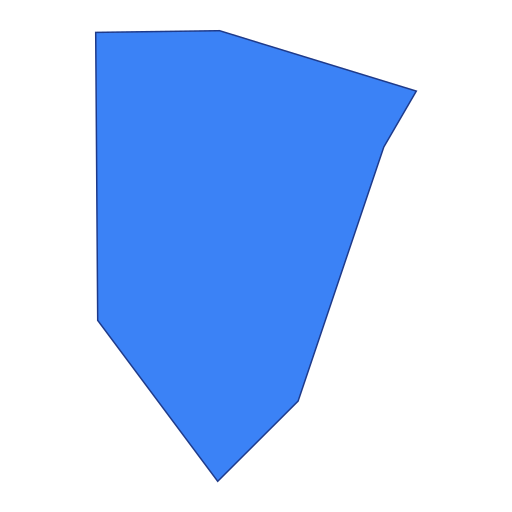 the district of Blanco, Texas, United States of America
{"feature_id": "52423323B17591428926756", "entity_name": "Blanco", "entity_type": "district", "adm_level": 2, "iso_a3": "USA", "parent_name": "United States of America", "parent_adm1": "Texas", "projection": "orthographic", "projection_center": [-98.374, 30.22], "detail": "fine", "context": "isolated", "style": "filled", "palette": "blue", "viewbox_px": 512, "rotation_deg": 0, "n_neighbors": 0, "source": "geoboundaries", "source_scale": "gbopen_adm2", "svg_char_len": 234}
<svg xmlns="http://www.w3.org/2000/svg" viewBox="0 0 512 512"><path d="M217.7,481.3L298.1,401.1L383.8,147.0L416.3,91.1L261.1,43.5L219.6,30.7L95.7,32.4L97.7,320.4L217.7,481.3Z" fill="#3b82f6" stroke="#1e3a8a" stroke-width="1.5"/></svg>